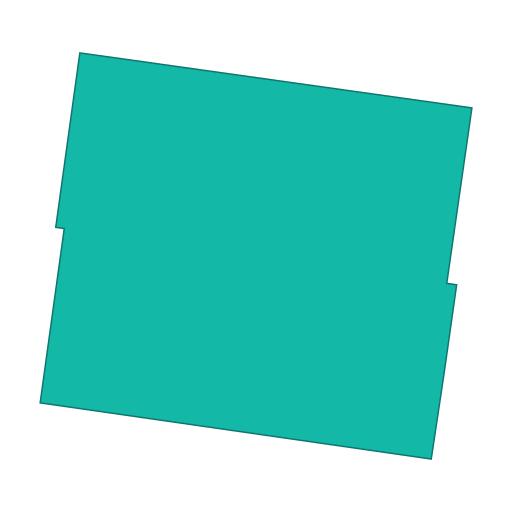 outline of Grant, Minnesota, United States of America, rotated 188°
{"feature_id": "52423323B67353277532056", "entity_name": "Grant", "entity_type": "district", "adm_level": 2, "iso_a3": "USA", "parent_name": "United States of America", "parent_adm1": "Minnesota", "projection": "natural_earth1", "projection_center": [-96.012, 45.934], "detail": "fine", "context": "isolated", "style": "filled", "palette": "teal", "viewbox_px": 512, "rotation_deg": 188, "n_neighbors": 0, "source": "geoboundaries", "source_scale": "gbopen_adm2", "svg_char_len": 284}
<svg xmlns="http://www.w3.org/2000/svg" viewBox="0 0 512 512"><g transform="rotate(188 256 256)"><path d="M458.7,432.6L458.3,256.5L449.7,256.5L449.3,80.5L54.2,79.3L53.4,167.4L53.3,255.4L63.3,255.5L62.8,432.7L458.7,432.6Z" fill="#14b8a6" stroke="#0f766e" stroke-width="1.5"/></g></svg>